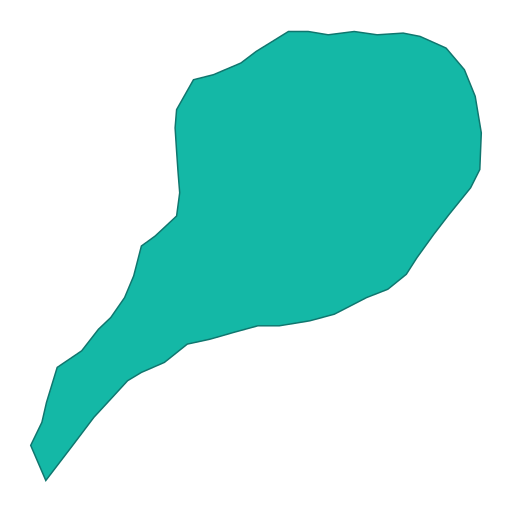 the district of Karpaseia, Cyprus
{"feature_id": "46923920B2275839415846", "entity_name": "Karpaseia", "entity_type": "district", "adm_level": 2, "iso_a3": "CYP", "parent_name": "Cyprus", "parent_adm1": "", "projection": "equal_earth", "projection_center": [33.063, 35.283], "detail": "fine", "context": "isolated", "style": "filled", "palette": "teal", "viewbox_px": 512, "rotation_deg": 0, "n_neighbors": 0, "source": "geoboundaries", "source_scale": "gbopen_adm2", "svg_char_len": 768}
<svg xmlns="http://www.w3.org/2000/svg" viewBox="0 0 512 512"><path d="M45.8,480.5L72.5,445.6L93.9,417.3L110.8,399.0L127.6,380.7L141.4,372.4L164.4,362.4L187.3,344.1L210.3,339.1L233.3,332.5L257.8,325.8L279.2,325.8L309.8,320.8L334.3,314.2L366.5,297.6L387.9,289.2L406.3,274.3L417.0,257.6L433.8,234.3L449.1,214.4L470.6,187.8L479.8,169.5L481.3,132.9L475.2,96.3L464.4,69.7L446.1,48.1L420.0,36.4L403.2,33.1L377.2,34.8L354.2,31.5L328.2,34.8L308.3,31.5L288.4,31.5L256.2,51.4L240.9,63.0L213.4,74.7L193.5,79.7L176.6,109.6L175.1,127.9L176.6,151.2L178.1,172.8L179.7,192.8L176.6,216.0L155.2,236.0L141.4,246.0L133.7,275.9L124.6,297.6L110.8,317.5L98.5,329.2L81.7,350.8L57.2,367.4L46.5,402.4L41.9,422.3L30.7,445.4L45.8,480.5Z" fill="#14b8a6" stroke="#0f766e" stroke-width="1.5"/></svg>